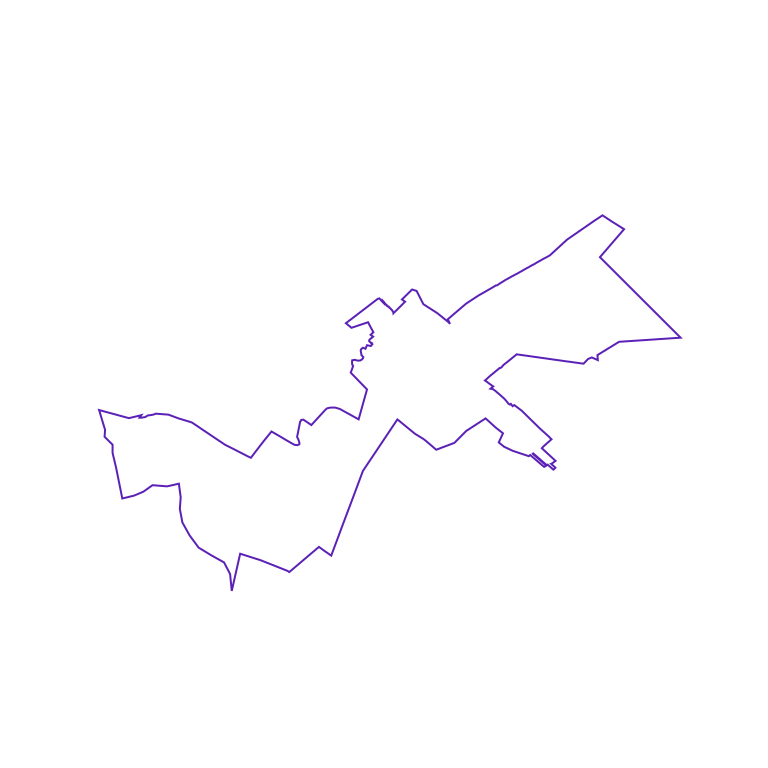 Villa de Zaachila, Oaxaca, Mexico, rotated 300°
{"feature_id": "50627088B50064037366577", "entity_name": "Villa de Zaachila", "entity_type": "district", "adm_level": 2, "iso_a3": "MEX", "parent_name": "Mexico", "parent_adm1": "Oaxaca", "projection": "equal_earth", "projection_center": [-96.753, 16.954], "detail": "fine", "context": "isolated", "style": "outline", "palette": "violet", "viewbox_px": 768, "rotation_deg": 300, "n_neighbors": 0, "source": "geoboundaries", "source_scale": "gbopen_adm2", "svg_char_len": 4882}
<svg xmlns="http://www.w3.org/2000/svg" viewBox="0 0 768 768"><g transform="rotate(300 384 384)"><path d="M177.6,193.8L154.0,214.6L162.4,223.4L170.5,229.5L180.6,234.1L186.9,247.3L191.1,251.9L195.1,256.2L188.1,261.6L184.2,264.6L173.7,269.7L163.3,278.6L155.7,291.3L149.6,305.3L149.3,320.8L149.5,334.7L142.5,345.7L128.7,355.6L165.1,344.3L169.7,365.3L173.9,394.0L173.8,396.0L210.4,409.1L209.7,415.7L209.0,424.1L227.0,421.1L242.3,418.5L269.7,414.0L298.2,409.2L334.1,411.6L360.0,413.3L360.0,413.6L356.4,435.5L356.1,445.6L355.9,447.1L355.8,447.9L355.6,449.3L355.4,450.3L355.2,451.2L355.1,452.0L354.9,453.0L353.2,462.1L368.2,474.4L384.5,478.7L386.2,479.6L389.6,481.3L397.4,485.3L400.2,486.7L405.0,489.2L402.1,502.6L400.8,511.7L390.8,512.6L389.7,519.4L390.5,528.9L393.9,545.5L395.6,546.1L392.3,563.9L392.3,564.1L394.5,565.4L397.9,547.7L398.0,547.7L398.2,547.8L398.3,547.8L398.5,547.9L395.1,565.4L395.0,565.6L396.0,566.1L394.5,573.5L394.8,573.7L397.2,574.3L398.4,568.8L398.5,568.9L403.2,571.0L407.3,552.8L409.7,553.3L409.9,553.4L415.1,555.1L415.6,555.3L419.9,556.7L420.0,556.4L420.2,555.2L420.7,553.9L423.3,541.7L426.3,529.9L429.7,516.8L430.9,507.4L429.1,506.5L430.2,503.8L429.2,503.5L429.1,501.8L430.3,498.8L431.3,496.0L431.8,493.7L432.9,488.5L433.1,487.0L433.7,484.0L433.9,481.9L434.0,481.0L433.8,480.4L433.2,478.6L436.5,479.8L436.5,479.5L436.6,478.7L436.8,476.8L436.9,475.4L437.0,474.5L437.1,473.7L437.3,472.4L437.4,471.4L437.5,469.7L444.6,472.0L453.6,475.4L455.7,476.1L455.8,476.6L457.1,477.4L460.0,477.9L463.9,479.4L464.0,479.5L469.3,481.5L475.8,484.0L476.0,484.0L480.4,494.9L487.9,513.5L490.5,520.0L490.7,520.4L494.7,530.4L496.4,534.4L496.8,535.5L497.2,536.5L497.7,537.7L498.1,538.6L498.5,539.6L499.0,540.8L499.8,542.9L501.4,546.7L507.7,548.2L510.9,550.7L511.6,557.2L515.8,554.4L538.1,566.5L572.4,617.7L601.8,507.6L638.1,514.5L638.6,500.7L639.3,488.9L630.5,484.5L600.7,470.4L578.6,463.4L577.6,462.9L575.8,461.8L574.6,461.1L573.4,460.3L572.1,459.5L571.5,459.1L570.6,458.6L569.5,458.0L568.5,457.3L567.9,457.0L567.0,456.5L566.4,456.1L565.2,455.4L564.2,454.9L563.3,454.4L562.6,454.0L562.1,453.7L561.1,452.9L559.8,452.2L559.0,451.7L558.0,451.2L557.3,450.8L556.0,449.9L553.8,448.6L552.1,447.6L551.0,447.0L550.0,446.4L548.9,445.7L548.1,445.3L547.1,444.7L546.1,444.1L545.2,443.5L543.9,442.7L543.3,442.3L542.3,441.7L541.3,441.0L539.5,440.0L538.7,439.5L537.9,439.0L536.8,438.4L536.0,437.9L535.0,437.2L533.9,436.7L532.8,436.1L531.8,435.6L530.7,435.0L529.7,434.4L526.0,432.6L525.4,431.7L520.1,428.7L513.0,424.6L508.1,421.7L494.6,414.9L472.0,406.9L469.1,411.1L469.8,408.9L472.0,394.8L472.8,378.2L480.9,365.7L479.9,361.1L466.2,357.3L465.8,361.1L465.3,360.9L459.8,359.5L459.5,359.4L450.4,356.9L450.0,356.8L450.6,356.4L450.8,356.2L450.9,355.9L451.1,355.7L451.3,355.4L451.3,355.2L451.4,354.9L451.6,354.7L451.8,354.4L451.9,354.1L452.0,354.0L452.0,353.7L452.1,353.4L452.2,353.1L452.2,352.9L452.4,352.6L452.4,352.3L452.5,352.1L452.6,351.8L452.7,351.5L452.7,351.2L452.7,350.7L452.8,350.4L453.1,350.2L453.1,349.9L453.2,349.6L453.3,349.4L453.4,349.1L453.1,348.8L453.0,348.4L453.1,348.2L453.1,347.9L453.1,347.6L453.3,347.4L453.4,347.1L453.7,346.9L453.7,346.7L453.8,346.4L453.9,346.1L453.8,345.8L453.8,345.5L453.9,345.2L454.0,344.9L454.2,344.7L454.3,344.4L454.4,344.2L454.5,343.9L454.6,343.7L454.7,343.4L454.8,343.2L455.0,343.0L455.1,342.7L455.1,342.4L455.2,342.1L453.9,343.3L454.6,340.8L455.8,337.2L454.6,336.0L417.6,320.6L416.4,327.7L427.0,337.1L429.5,339.3L424.8,346.8L423.5,348.9L421.5,348.3L419.9,347.8L419.7,349.4L419.7,349.9L419.6,350.9L417.9,350.3L416.1,349.6L415.7,349.5L415.2,349.3L414.8,349.3L414.6,349.3L413.8,349.6L413.4,350.5L413.3,352.5L413.3,353.0L412.8,352.9L412.6,354.0L410.3,353.6L409.1,349.9L405.2,350.3L404.9,347.7L403.0,346.8L401.3,347.1L399.8,348.3L398.6,349.5L397.8,349.9L396.9,352.7L395.5,352.9L393.9,352.5L392.4,351.6L391.1,349.5L390.3,346.5L388.6,344.6L386.6,345.6L384.9,346.8L384.2,348.2L379.7,349.1L377.2,349.5L370.8,372.0L340.7,379.7L340.3,358.3L339.2,353.6L336.7,349.3L334.5,346.9L332.7,346.2L312.1,341.6L312.5,336.8L312.8,331.9L312.2,331.2L311.5,330.3L310.4,330.4L309.5,330.2L294.7,335.2L293.1,337.6L291.6,339.3L290.6,340.3L289.5,340.8L288.7,340.2L287.8,339.7L287.3,338.6L286.8,337.5L286.7,337.2L286.6,336.2L286.5,334.8L286.5,334.2L286.5,333.2L286.5,332.3L286.5,331.4L286.5,326.3L286.6,322.2L286.6,317.9L286.6,310.3L279.6,309.2L274.5,308.4L273.8,308.3L271.4,308.0L269.0,307.6L264.8,307.1L263.5,306.9L253.5,305.6L253.2,301.4L253.0,296.9L252.1,279.7L251.9,277.3L251.9,276.8L253.9,247.3L254.2,243.5L254.6,236.9L254.4,235.8L253.3,231.1L251.9,225.0L251.5,223.4L251.3,222.3L249.7,212.7L244.2,201.2L242.4,199.8L240.8,198.0L238.6,195.1L236.0,193.8L234.0,191.3L233.5,190.8L232.6,189.1L235.7,189.4L234.5,188.2L231.0,184.5L226.9,180.2L219.0,150.3L218.2,151.2L214.0,155.6L204.8,165.4L198.6,168.4L195.7,179.3L188.6,183.4L177.6,193.8Z" fill="none" stroke="#5b21b6" stroke-width="2"/></g></svg>